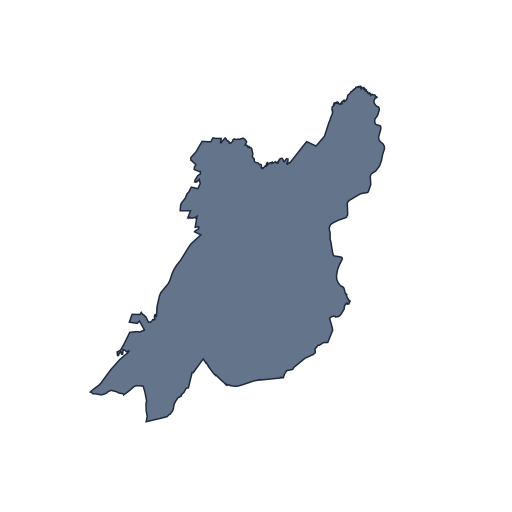 Drabešu pag., Amatas, Latvia, rotated 119°
{"feature_id": "27541924B30563541245328", "entity_name": "Drabešu pag.", "entity_type": "district", "adm_level": 2, "iso_a3": "LVA", "parent_name": "Latvia", "parent_adm1": "Amatas", "projection": "robinson", "projection_center": [25.204, 57.242], "detail": "fine", "context": "isolated", "style": "filled", "palette": "slate", "viewbox_px": 512, "rotation_deg": 119, "n_neighbors": 0, "source": "geoboundaries", "source_scale": "gbopen_adm2", "svg_char_len": 6057}
<svg xmlns="http://www.w3.org/2000/svg" viewBox="0 0 512 512"><g transform="rotate(119 256 256)"><path d="M349.2,173.1L345.8,173.8L341.5,173.6L337.4,168.9L335.1,168.9L321.5,163.5L314.4,158.2L312.0,157.3L310.4,158.1L308.7,159.5L306.5,158.8L304.0,158.6L303.3,157.3L299.0,155.0L296.9,151.3L283.9,152.9L282.0,154.3L274.8,161.4L272.8,160.8L272.1,160.1L270.6,158.2L270.4,157.6L270.8,156.8L268.9,154.4L266.4,153.5L262.5,153.2L259.6,153.2L257.0,154.3L254.7,154.2L254.0,153.6L253.5,154.0L253.1,153.6L253.0,153.0L253.6,152.4L253.0,151.6L250.2,151.8L250.3,152.3L249.7,152.4L249.9,152.8L249.5,153.3L249.5,154.1L248.9,154.5L248.3,155.8L246.5,157.9L245.8,157.8L245.3,159.8L241.4,163.6L240.9,165.0L241.1,167.3L240.8,168.4L239.1,171.9L237.3,174.0L234.3,176.0L228.5,178.0L224.2,178.7L216.6,179.1L215.8,179.8L215.6,180.5L216.2,182.8L218.1,187.7L217.7,188.9L215.1,191.3L207.4,197.3L205.7,199.1L200.2,202.2L198.9,203.1L197.9,204.3L195.4,205.8L192.3,206.0L189.0,204.3L184.6,201.2L178.9,196.0L178.0,195.8L175.5,195.8L165.3,201.9L162.5,201.6L151.4,195.1L149.5,193.2L146.6,189.4L145.4,188.9L137.8,190.3L131.4,194.4L129.0,195.1L126.3,194.0L124.0,192.6L117.5,191.6L111.5,192.6L105.7,194.5L99.9,195.6L97.8,197.0L96.4,199.3L95.8,202.3L95.0,204.4L92.7,206.4L85.1,208.2L83.2,209.0L82.1,210.0L81.9,211.0L82.8,214.5L82.6,215.5L81.5,216.9L79.9,217.9L78.1,218.4L75.4,217.9L73.6,217.9L68.5,219.0L67.2,219.8L66.3,220.9L66.4,223.7L65.6,225.7L63.6,228.0L60.6,228.3L58.6,227.1L58.2,227.9L58.5,228.9L57.7,229.7L57.6,230.3L58.2,231.5L58.3,232.8L60.1,233.5L59.6,234.1L58.7,234.3L58.7,235.8L58.3,235.9L58.6,236.2L59.5,236.3L58.9,237.8L58.3,238.1L58.6,238.3L58.1,239.4L58.3,239.9L57.5,240.1L58.4,240.8L57.7,241.1L56.9,241.9L57.2,242.2L57.8,242.1L57.9,242.5L56.9,242.6L56.4,243.4L57.3,244.2L57.4,244.7L59.0,244.9L58.4,245.6L57.1,245.9L57.2,246.8L57.5,247.1L57.2,247.3L58.5,247.9L58.0,248.4L58.6,249.0L59.2,249.1L59.3,249.6L60.2,250.5L61.0,250.1L61.9,250.8L62.9,251.0L63.3,251.6L64.3,251.3L66.4,252.7L67.4,252.5L68.9,252.8L70.8,253.6L71.8,253.5L73.9,252.5L74.4,252.8L75.7,252.6L78.2,253.6L78.2,254.4L77.2,254.2L77.0,254.5L79.9,255.7L81.0,255.8L80.6,255.1L81.0,254.5L81.6,255.3L82.0,255.4L81.7,255.9L81.9,256.1L82.7,256.4L82.7,257.8L81.8,258.4L82.1,259.1L81.9,259.7L82.2,259.9L83.0,259.1L83.3,259.4L83.2,259.8L83.7,260.3L83.3,260.8L83.5,261.1L85.2,260.9L84.8,261.7L86.6,261.4L87.4,260.9L88.6,261.6L91.2,260.5L91.4,259.8L92.1,259.7L92.5,258.9L95.0,258.1L99.2,257.7L100.9,257.2L103.4,257.0L118.1,254.2L130.7,256.8L131.4,267.2L158.1,271.5L158.2,272.1L160.6,273.0L160.7,273.3L160.1,273.9L158.4,273.8L155.7,275.0L156.2,276.5L158.1,276.8L159.5,276.7L160.0,277.2L157.9,280.2L158.4,281.4L159.7,282.2L161.7,282.5L162.3,282.1L163.3,282.7L163.7,281.8L164.3,281.9L164.7,284.1L164.1,284.6L166.0,285.9L166.1,286.4L167.2,286.9L166.2,287.5L167.0,287.8L167.5,288.7L169.7,289.9L169.0,290.4L168.9,291.0L169.9,290.5L170.2,290.9L169.9,291.5L170.4,291.5L171.5,291.0L171.4,290.4L171.7,290.1L172.4,290.5L172.9,291.2L172.8,291.6L175.6,292.1L175.8,292.5L175.6,292.7L176.6,292.9L176.5,293.8L175.9,294.0L175.7,294.7L175.1,294.7L173.9,295.4L173.6,296.0L173.6,296.4L174.4,297.2L173.6,299.0L174.4,302.0L174.3,302.9L173.4,303.8L171.8,304.8L171.5,306.5L170.8,307.4L168.2,308.3L164.1,311.9L163.8,313.0L164.3,313.8L163.7,314.5L164.5,314.7L164.2,315.3L164.6,315.8L163.9,316.4L164.3,316.9L163.8,317.2L163.6,318.0L164.1,319.0L163.6,318.9L163.5,319.5L161.3,319.4L160.4,319.8L159.2,322.8L159.4,323.1L159.1,324.2L160.7,326.0L161.9,326.6L162.1,327.6L164.0,330.5L164.1,331.8L165.5,332.5L167.0,332.1L169.2,332.6L169.4,333.2L170.3,333.6L169.8,334.7L169.0,335.1L168.9,335.9L169.3,336.6L168.8,337.4L168.9,338.0L167.7,339.5L167.7,340.2L172.8,341.3L173.7,341.2L174.1,341.8L174.6,341.9L170.8,343.0L171.0,343.3L170.1,343.6L172.8,348.5L173.4,350.7L173.9,351.0L178.0,350.8L181.9,358.7L194.1,359.0L201.5,360.7L203.8,359.5L203.9,358.4L205.3,352.8L208.0,353.0L210.3,352.0L209.5,345.9L209.1,345.5L211.1,344.5L214.1,345.9L219.0,346.1L220.6,345.7L220.4,345.5L220.7,345.1L220.5,344.9L220.7,344.5L220.3,344.1L218.8,343.6L218.9,343.3L216.5,342.8L219.7,339.9L225.3,339.5L227.1,345.9L227.6,346.0L232.1,345.8L235.4,346.5L239.7,345.9L246.2,346.9L248.0,346.6L252.5,344.6L253.2,344.2L248.2,335.2L255.4,334.2L255.1,334.0L255.3,333.5L255.0,333.6L255.2,333.3L254.9,333.3L255.1,333.1L254.5,332.6L254.8,332.4L253.7,330.0L251.7,328.0L252.0,327.5L250.0,326.8L260.4,323.1L258.2,320.4L259.9,319.3L263.3,321.3L264.6,321.5L264.3,314.5L276.7,318.7L281.1,319.2L296.6,319.9L302.2,320.9L306.9,321.2L310.7,321.0L319.2,319.5L323.0,319.4L334.2,321.5L337.6,321.1L347.8,318.2L357.1,313.8L357.4,314.3L356.9,314.8L355.5,315.1L356.4,315.9L357.6,315.8L359.4,314.8L360.1,313.8L360.8,313.8L361.3,314.1L361.4,315.1L361.7,315.5L363.9,315.6L365.0,316.4L366.1,317.9L362.9,322.4L361.9,325.7L361.9,327.2L361.0,329.0L363.3,329.0L367.1,336.1L375.3,334.7L372.5,327.2L369.4,326.4L374.8,317.7L378.9,320.8L379.9,323.6L384.0,329.4L397.4,328.7L404.2,328.9L407.3,330.9L410.2,328.8L409.8,328.1L407.2,328.4L405.3,327.8L405.6,327.0L407.0,326.3L407.0,325.7L406.7,325.0L402.3,326.8L402.0,324.3L402.5,323.2L402.2,322.4L400.1,320.8L402.9,321.6L402.9,321.3L412.5,324.9L425.7,327.9L442.2,330.0L445.0,330.7L451.1,333.5L455.3,335.0L455.2,332.9L455.6,331.7L454.7,330.4L452.4,323.8L449.0,320.6L446.0,319.4L443.7,317.5L442.3,312.0L442.4,310.4L442.1,308.8L440.9,305.6L441.1,304.7L441.6,304.4L435.3,301.5L428.9,299.2L426.8,296.7L424.5,291.6L428.9,287.2L435.8,281.4L438.4,280.7L444.8,276.9L449.0,273.4L454.2,271.7L439.7,255.9L437.0,255.2L435.8,254.3L430.9,253.9L424.4,256.0L423.9,255.7L422.1,255.9L417.9,255.5L414.6,253.4L413.8,254.0L409.9,252.9L405.9,253.0L404.9,252.3L404.1,251.2L388.8,255.4L388.4,254.3L371.7,252.3L374.0,247.6L373.6,247.5L375.3,244.2L375.6,244.3L379.3,236.1L380.1,233.3L379.6,233.2L381.6,225.9L382.6,221.0L382.5,220.2L383.3,220.2L383.2,218.7L382.5,218.7L381.6,215.7L381.8,215.7L380.0,210.8L379.1,209.4L375.5,205.7L366.3,197.3L363.3,193.6L363.0,193.7L362.0,192.2L362.4,192.1L355.6,182.3L350.9,175.6L350.4,175.7L349.8,174.8L350.2,174.7L349.2,173.1Z" fill="#64748b" stroke="#1e293b" stroke-width="1.5"/></g></svg>